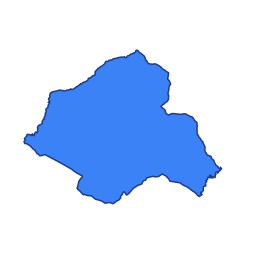 Iguatemi, Mato Grosso do Sul, Brazil, rotated 101°
{"feature_id": "56859067B32573780362685", "entity_name": "Iguatemi", "entity_type": "district", "adm_level": 2, "iso_a3": "BRA", "parent_name": "Brazil", "parent_adm1": "Mato Grosso do Sul", "projection": "mercator", "projection_center": [-54.542, -23.417], "detail": "fine", "context": "isolated", "style": "filled", "palette": "blue", "viewbox_px": 256, "rotation_deg": 101, "n_neighbors": 0, "source": "geoboundaries", "source_scale": "gbopen_adm2", "svg_char_len": 5822}
<svg xmlns="http://www.w3.org/2000/svg" viewBox="0 0 256 256"><g transform="rotate(101 128 128)"><path d="M66.6,161.9L67.3,162.6L68.5,163.0L69.7,163.3L70.3,163.7L71.8,165.1L73.3,166.9L74.7,167.9L75.1,168.8L75.9,168.9L76.4,169.5L77.6,170.1L78.6,170.9L79.7,170.9L80.8,170.6L82.3,170.7L82.8,171.5L83.3,172.1L83.7,172.8L85.5,174.2L86.2,174.5L86.4,175.6L86.9,176.4L87.9,176.4L89.1,176.8L90.1,177.9L91.2,179.5L91.6,180.4L92.2,181.1L92.8,181.5L93.6,181.9L93.6,183.0L94.3,183.1L94.7,183.8L95.8,184.6L96.4,185.2L97.3,186.4L98.3,187.2L99.7,188.4L100.4,189.2L101.0,190.6L100.5,191.6L101.2,192.0L101.7,193.0L102.3,193.9L102.4,195.1L102.9,195.8L103.7,197.1L103.8,198.0L103.6,199.0L103.8,200.2L103.8,202.4L104.4,203.5L105.0,204.3L105.4,205.0L105.7,206.1L106.1,207.0L106.4,207.9L107.0,208.9L107.4,209.7L108.2,210.0L108.4,210.8L109.2,210.9L110.3,211.1L111.3,210.9L112.3,210.7L113.1,210.6L113.7,211.3L114.5,211.5L115.4,211.3L115.8,210.7L116.4,210.2L117.9,210.9L117.7,209.8L118.7,209.8L120.0,210.6L121.5,210.7L122.9,210.5L123.8,211.1L124.5,211.9L125.4,212.1L126.4,211.9L127.5,211.4L129.8,212.0L131.2,211.6L132.3,211.9L133.2,212.3L135.0,211.7L135.4,212.8L136.8,213.0L138.1,213.5L139.9,213.0L141.0,214.0L141.5,214.7L141.9,215.4L142.4,216.0L143.1,216.5L144.1,216.9L145.2,216.9L146.0,216.4L146.8,216.4L148.7,216.0L150.0,216.4L149.5,217.6L150.0,218.2L151.2,218.4L152.3,218.7L153.3,218.7L152.9,219.7L152.1,220.6L152.8,221.3L153.6,220.9L153.9,221.8L153.4,222.5L153.3,223.3L153.2,224.3L153.4,225.4L154.0,225.9L154.8,226.0L155.8,226.1L157.2,227.1L158.4,227.6L159.3,226.7L160.2,226.8L161.0,227.5L162.1,227.0L162.9,226.3L162.7,224.7L163.7,222.0L164.0,221.1L164.4,220.4L165.0,219.5L166.1,218.0L166.8,217.1L167.2,216.0L167.6,215.2L168.5,214.2L169.3,213.5L170.1,212.9L170.5,212.2L170.8,211.1L172.1,209.2L171.6,207.9L171.4,207.0L170.8,206.2L170.4,205.2L169.9,204.4L175.4,186.6L179.3,175.1L179.9,174.2L180.5,173.2L181.7,170.2L182.0,169.4L182.5,167.9L182.7,166.9L183.1,166.1L183.4,164.8L183.6,164.1L184.8,163.5L185.8,164.3L186.8,164.7L188.0,165.4L189.3,165.9L190.6,166.1L194.1,166.2L195.0,166.1L196.7,166.6L197.8,165.5L198.4,164.5L199.3,162.9L200.9,160.8L201.6,159.9L202.0,159.1L201.4,158.1L201.6,157.1L201.9,155.8L202.0,154.5L201.8,152.9L201.7,150.7L202.4,149.5L203.3,148.0L203.9,146.9L204.2,145.0L204.3,143.9L204.3,143.0L204.7,139.9L205.0,138.9L206.1,136.6L206.1,135.7L205.4,134.4L205.1,133.4L204.9,132.6L204.7,131.5L204.8,130.7L204.9,129.9L205.0,129.1L205.2,128.4L204.0,127.0L201.9,125.2L200.4,123.3L199.8,122.7L198.9,122.4L198.0,121.9L197.0,122.3L195.5,121.7L193.9,120.7L193.0,120.8L192.2,120.4L191.3,119.5L191.8,118.8L192.7,118.1L193.4,117.3L194.0,116.6L193.5,115.9L192.3,114.8L191.2,114.2L189.5,113.1L188.3,112.6L187.2,112.0L186.5,111.4L185.6,110.7L185.0,110.1L184.5,109.4L182.9,107.9L182.2,107.1L181.4,105.5L180.8,104.5L180.3,103.9L179.5,103.6L178.5,103.4L177.3,103.0L176.4,101.9L176.0,101.1L175.2,100.6L173.5,100.0L172.8,99.1L172.5,98.1L171.7,96.7L171.1,95.3L170.6,93.8L170.7,92.5L170.6,91.4L170.4,90.3L170.0,89.3L169.2,88.1L168.1,87.1L167.2,86.2L166.7,85.4L167.2,83.8L167.8,81.9L168.4,80.8L169.6,79.2L170.1,78.3L171.1,77.6L172.2,76.7L171.9,66.2L172.6,65.2L173.4,63.3L173.9,61.7L174.4,59.3L175.0,57.7L175.4,56.7L176.6,54.3L177.3,53.1L177.7,52.1L178.1,50.9L178.6,49.8L179.1,49.1L179.5,48.3L180.1,47.7L180.8,46.8L181.4,45.6L181.5,44.5L180.2,44.1L179.9,43.2L179.3,42.6L178.7,43.1L178.2,44.0L177.5,44.4L176.2,42.6L175.4,42.4L174.6,42.2L173.8,42.4L172.6,42.8L171.4,42.7L170.5,41.9L170.0,40.7L168.8,40.8L167.9,41.4L167.2,41.4L166.3,40.9L165.2,40.6L164.8,41.4L163.9,41.1L163.3,40.1L162.0,40.2L161.0,40.0L161.2,38.8L161.1,37.8L160.9,36.4L160.4,37.4L159.7,38.7L158.9,38.7L158.7,37.6L159.8,36.5L159.8,35.2L160.0,33.2L159.2,33.1L158.5,33.1L157.6,33.5L157.0,32.9L156.0,33.1L155.3,33.5L154.7,33.1L153.9,32.4L154.2,31.7L154.9,31.3L153.9,30.7L152.7,30.2L151.9,29.3L151.1,29.0L150.4,28.4L149.8,28.7L149.2,29.5L150.2,29.8L150.5,30.9L149.7,31.2L149.1,31.9L148.7,32.8L148.1,33.7L147.5,34.8L145.7,36.3L143.9,37.4L143.0,37.9L143.1,39.0L141.2,40.4L140.2,41.0L139.8,42.1L139.7,43.4L139.3,44.9L138.7,45.8L137.9,46.2L136.9,47.5L135.9,48.0L135.0,48.3L134.0,48.6L132.2,48.7L131.0,49.4L130.0,50.3L128.0,51.5L127.1,52.1L126.4,53.3L125.7,54.0L124.7,54.8L123.4,56.7L122.3,57.2L121.6,58.0L121.0,58.7L120.2,59.1L119.5,59.3L118.6,59.5L117.2,59.7L116.2,60.0L114.1,60.4L113.1,60.4L112.4,60.5L111.6,61.0L110.6,61.1L109.8,61.2L109.2,61.9L108.8,62.6L108.4,63.3L108.0,64.0L107.4,64.6L105.9,65.8L105.3,66.6L104.9,67.4L104.9,68.4L104.5,70.0L104.2,70.8L104.0,71.8L103.7,72.8L103.2,73.7L103.2,74.6L103.4,75.6L103.6,76.4L104.2,77.7L104.6,79.0L105.2,86.5L105.5,87.7L106.2,89.0L106.8,89.5L107.6,90.5L107.0,92.4L106.3,93.5L105.3,94.2L104.3,94.5L103.4,95.0L102.7,96.0L102.4,96.7L102.0,97.6L101.4,98.5L100.8,99.6L99.8,99.3L98.9,98.7L98.4,98.2L98.0,97.6L97.4,97.1L96.7,96.8L95.3,95.5L94.5,94.7L93.4,94.3L92.5,93.7L90.3,94.1L88.6,94.2L87.7,94.8L86.9,95.2L86.0,95.4L84.9,95.3L83.8,95.3L83.1,95.2L82.3,95.2L81.0,95.6L79.2,95.5L78.2,95.3L77.6,94.9L76.8,94.6L76.0,94.9L75.3,95.5L74.6,95.9L73.7,96.6L73.0,97.6L72.5,98.4L69.9,98.5L68.2,98.5L67.1,98.6L66.0,98.8L65.6,100.0L65.3,101.4L64.7,102.0L64.2,102.8L63.9,104.0L63.6,105.2L63.2,105.8L62.4,106.6L61.7,107.7L61.0,109.3L60.6,110.5L60.1,111.9L59.9,113.3L60.1,114.5L60.8,116.4L60.8,117.4L60.9,118.6L60.9,119.9L60.5,120.7L59.9,121.5L59.1,121.8L58.4,122.9L57.6,123.7L56.5,124.3L54.8,125.3L54.1,126.0L53.8,127.1L53.2,127.7L52.7,128.6L52.1,129.9L51.8,131.1L50.3,132.8L49.9,133.9L50.3,135.0L52.1,135.1L52.9,135.8L53.4,136.9L54.0,137.6L54.7,138.4L55.0,139.4L55.8,140.0L56.6,140.9L57.2,142.0L59.3,143.2L59.4,144.2L58.7,145.0L59.1,145.7L59.6,146.6L59.5,147.8L59.9,148.6L60.1,149.4L60.8,150.9L61.9,153.1L62.7,155.3L63.2,155.9L64.4,156.9L64.5,157.9L65.0,158.7L65.2,159.5L66.0,159.7L66.4,160.4L66.6,161.9Z" fill="#3b82f6" stroke="#1e3a8a" stroke-width="1.5"/></g></svg>